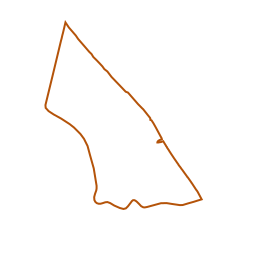 outline of Zinjibar, Abyan, Yemen, rotated 288°
{"feature_id": "15242507B56433335269136", "entity_name": "Zinjibar", "entity_type": "district", "adm_level": 2, "iso_a3": "YEM", "parent_name": "Yemen", "parent_adm1": "Abyan", "projection": "natural_earth1", "projection_center": [45.421, 13.143], "detail": "fine", "context": "isolated", "style": "outline", "palette": "amber", "viewbox_px": 256, "rotation_deg": 288, "n_neighbors": 0, "source": "geoboundaries", "source_scale": "gbopen_adm2", "svg_char_len": 1664}
<svg xmlns="http://www.w3.org/2000/svg" viewBox="0 0 256 256"><g transform="rotate(288 128 128)"><path d="M209.1,35.9L200.5,36.6L198.0,36.8L195.9,36.9L192.6,37.2L190.3,37.3L156.0,40.0L124.3,42.4L121.7,43.5L119.5,47.3L117.9,53.2L116.3,61.5L113.7,71.2L111.8,76.4L107.6,84.6L104.1,89.5L98.4,95.1L90.4,100.3L79.0,107.9L63.3,116.0L60.8,116.8L58.9,117.1L55.1,117.0L51.8,117.2L49.1,118.3L47.7,119.7L46.9,121.5L46.9,123.5L47.5,125.3L48.6,127.0L50.3,129.3L51.2,131.3L51.1,134.2L50.0,138.9L49.4,144.9L49.6,148.7L50.9,150.8L53.4,152.1L57.6,153.6L59.7,154.3L60.9,155.1L61.3,156.2L61.2,157.5L60.6,159.2L59.2,162.0L57.7,164.7L57.5,165.9L57.3,167.0L57.6,168.4L58.8,170.6L66.6,182.5L68.5,187.9L69.3,193.0L70.7,201.2L71.6,203.7L71.7,203.9L74.9,208.5L77.7,212.7L78.1,213.3L80.1,216.1L82.9,220.1L88.7,214.1L89.6,213.0L90.4,211.8L95.4,205.6L95.5,205.3L96.1,204.7L96.3,204.4L99.6,200.0L99.7,199.6L100.3,198.9L102.2,196.3L102.4,196.0L105.0,192.5L105.9,191.1L106.3,190.7L108.5,187.5L108.9,187.2L109.6,186.2L113.4,181.2L117.2,176.4L118.0,175.5L118.3,175.0L119.4,173.8L121.5,171.1L121.9,170.9L122.5,169.9L123.0,169.5L124.3,167.9L126.3,165.6L124.9,163.8L123.5,161.1L123.3,160.4L123.6,160.3L124.4,160.5L125.2,160.8L126.3,161.8L126.8,162.5L127.8,163.7L128.8,163.0L129.8,161.9L136.8,154.6L140.3,150.8L142.5,148.1L142.7,147.2L142.6,146.8L143.0,146.6L143.5,146.5L143.9,146.2L144.2,146.1L144.6,145.6L146.5,142.7L150.5,136.7L151.2,135.2L153.8,130.2L161.7,117.0L161.8,114.6L171.5,96.5L175.4,90.9L176.7,87.3L178.7,84.6L180.6,81.2L182.7,77.3L184.8,73.1L187.1,70.4L188.5,67.5L191.8,62.1L195.6,55.8L197.3,53.0L199.8,49.8L205.3,40.7L209.1,35.9Z" fill="none" stroke="#b45309" stroke-width="2"/></g></svg>